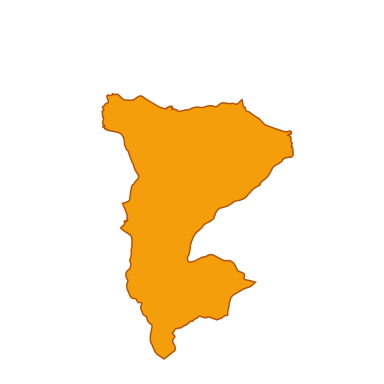 outline of Nong Sung, Mukdahan, Thailand, rotated 238°
{"feature_id": "78962969B14563868158116", "entity_name": "Nong Sung", "entity_type": "district", "adm_level": 2, "iso_a3": "THA", "parent_name": "Thailand", "parent_adm1": "Mukdahan", "projection": "albers", "projection_center": [104.359, 16.434], "detail": "fine", "context": "isolated", "style": "filled", "palette": "amber", "viewbox_px": 384, "rotation_deg": 238, "n_neighbors": 0, "source": "geoboundaries", "source_scale": "gbopen_adm2", "svg_char_len": 6008}
<svg xmlns="http://www.w3.org/2000/svg" viewBox="0 0 384 384"><g transform="rotate(238 192 192)"><path d="M65.2,79.8L65.3,81.1L65.7,84.1L66.0,88.4L66.4,90.6L66.5,93.1L66.9,93.9L68.6,95.1L69.9,95.7L74.2,96.1L76.3,96.7L77.5,98.9L78.2,100.6L78.8,101.1L79.0,101.1L82.2,100.4L82.8,100.6L82.8,101.8L84.5,104.7L84.7,105.3L84.7,106.2L83.8,107.1L83.8,109.1L82.8,109.9L82.7,112.7L82.8,114.4L82.3,116.6L82.6,118.2L82.5,119.3L83.2,122.3L82.2,123.8L82.1,124.5L82.2,125.1L83.1,126.6L82.7,127.3L82.3,129.5L82.5,130.4L83.0,131.2L83.0,132.0L82.7,132.6L82.1,133.0L81.3,134.0L79.4,135.3L79.0,136.0L77.8,137.1L77.6,139.4L77.3,139.9L76.2,140.6L75.8,141.5L74.0,142.2L73.4,143.2L70.5,145.2L69.4,150.2L69.7,152.7L69.7,154.8L68.8,155.9L68.7,156.5L68.8,157.1L69.0,157.3L71.4,158.7L74.5,161.9L78.3,164.9L79.8,167.0L81.6,168.7L82.6,171.0L82.8,173.1L82.5,179.3L82.6,183.4L80.8,192.1L81.9,198.0L85.8,194.5L89.5,190.6L90.2,190.1L90.7,190.0L91.5,190.4L93.0,192.1L94.3,192.7L95.2,192.6L96.4,192.2L100.0,189.6L100.5,189.3L102.8,189.2L106.9,189.7L108.7,189.7L110.1,189.5L111.0,189.1L112.2,188.6L113.6,187.8L114.4,186.8L116.1,183.9L116.9,182.8L117.8,182.1L127.1,176.7L128.2,175.9L129.3,174.3L129.8,172.5L130.0,169.1L131.4,165.8L132.0,157.7L132.6,155.5L133.5,153.3L134.0,152.7L134.4,152.3L135.1,152.0L137.2,152.4L139.3,153.7L140.5,156.2L141.4,157.2L145.0,160.4L146.0,161.0L150.2,165.0L151.2,166.7L153.1,169.3L154.4,171.5L155.1,173.3L156.6,181.4L157.6,184.0L157.9,185.4L158.0,186.8L157.9,188.7L157.4,191.9L158.0,196.3L161.3,200.4L162.1,201.7L163.0,203.3L163.4,204.8L163.6,206.6L163.1,208.3L161.8,212.5L161.2,215.3L161.2,217.3L161.5,223.1L161.1,224.7L159.7,228.2L158.9,232.5L159.0,234.6L162.0,244.8L162.2,248.5L162.0,253.6L162.7,253.8L163.7,255.5L164.6,262.6L165.3,265.1L166.5,267.8L169.9,273.3L170.2,274.9L170.5,277.0L170.4,277.5L170.2,279.4L170.1,280.8L170.4,281.6L170.2,283.6L170.6,284.8L171.1,285.4L171.4,286.1L171.5,287.6L171.7,288.4L170.6,291.4L170.5,292.2L170.2,292.7L169.4,293.3L169.2,293.8L169.0,295.0L169.2,296.3L169.8,297.4L170.6,297.9L171.8,298.2L172.0,298.8L172.4,299.0L173.0,298.9L173.3,299.2L174.1,299.5L174.4,300.0L174.7,300.0L175.0,300.3L175.7,300.4L175.9,300.3L176.1,300.6L176.5,300.6L177.1,300.8L177.3,300.2L177.6,300.1L178.1,300.6L178.1,300.9L178.6,301.4L179.0,301.6L179.8,301.8L179.8,302.2L180.0,302.6L180.4,302.8L180.7,302.6L181.5,302.8L182.8,302.8L183.2,303.1L184.1,303.2L184.5,304.1L185.2,304.1L186.0,304.8L186.3,304.8L186.5,305.0L187.5,304.7L187.8,304.4L188.5,304.6L188.8,304.4L188.8,304.0L189.0,303.6L189.4,303.4L189.2,304.6L189.6,305.1L189.6,305.5L189.2,306.0L188.8,306.2L188.6,306.7L189.1,307.4L189.5,307.5L189.8,308.0L191.8,307.7L192.9,304.1L193.4,303.4L195.5,301.2L203.6,294.6L210.4,289.4L218.7,287.7L222.6,285.7L227.3,283.7L229.4,283.0L231.4,281.3L232.1,281.0L233.0,281.0L235.6,281.9L236.1,281.7L236.5,281.1L237.0,281.0L238.9,281.4L242.1,282.8L243.8,283.3L242.7,278.2L242.8,276.5L243.0,275.9L245.8,273.4L247.1,270.5L250.2,266.8L251.3,265.2L251.7,264.1L251.9,262.8L251.4,258.9L251.6,257.4L252.9,255.9L254.4,254.7L255.8,252.9L257.0,249.7L257.7,246.6L258.2,245.5L258.6,244.7L260.9,241.9L262.3,239.5L263.0,236.8L263.6,232.3L265.2,229.7L265.8,227.2L267.2,223.8L268.4,222.7L269.6,222.7L270.4,222.0L270.6,221.5L271.7,221.0L272.2,219.9L272.3,219.6L272.2,219.2L272.4,218.8L272.8,218.9L273.4,219.3L273.5,220.2L274.1,220.2L274.7,219.8L275.2,220.3L275.5,220.4L275.6,219.6L275.4,218.9L275.8,218.5L276.5,218.4L276.7,217.8L276.5,216.8L277.0,215.4L276.3,214.7L276.4,214.0L277.6,212.5L278.6,211.6L281.6,209.3L283.5,208.1L295.9,201.8L298.8,200.8L299.7,200.2L301.0,199.0L301.2,198.0L301.4,195.7L301.1,192.7L301.2,191.1L301.4,190.3L301.7,189.6L304.3,185.7L306.0,183.4L307.3,182.6L314.2,180.9L314.8,179.6L315.6,178.8L315.7,177.7L317.2,176.9L317.5,176.6L316.6,175.9L316.6,174.8L317.0,173.9L318.2,173.0L318.5,172.5L318.8,171.6L318.7,171.1L318.3,170.6L316.7,169.9L314.1,169.4L312.1,168.4L312.6,166.6L312.5,165.6L312.6,165.1L311.6,163.4L311.9,162.1L311.4,161.0L311.0,160.8L310.0,161.2L309.7,161.1L309.2,160.7L308.3,160.8L308.1,160.4L308.2,159.1L308.0,158.5L307.2,158.2L306.4,158.1L305.7,157.3L305.2,156.9L303.4,156.7L303.0,156.0L302.7,156.0L302.1,156.3L301.0,155.9L299.8,154.5L299.1,154.2L298.7,153.4L297.7,152.6L296.4,152.6L296.0,152.3L295.6,152.3L294.9,153.2L294.3,153.3L294.1,152.7L294.7,151.3L294.7,151.0L294.4,150.9L294.1,151.0L293.9,151.6L293.5,151.7L293.0,151.8L292.2,151.5L291.8,151.5L291.8,152.2L291.4,152.8L290.8,152.8L290.3,152.4L290.0,152.4L287.8,154.5L282.7,160.0L280.8,161.6L279.4,162.4L277.6,162.9L273.8,162.7L271.0,161.6L268.0,159.9L267.2,159.7L265.0,159.5L263.7,159.0L262.6,159.0L261.0,159.5L260.2,159.4L254.4,158.0L251.5,157.6L249.5,157.0L247.6,157.1L246.6,156.9L241.0,155.4L234.3,155.4L232.6,154.3L231.9,153.3L230.6,148.6L229.6,147.0L229.5,145.4L229.2,144.6L225.7,140.9L219.1,135.6L218.3,134.7L217.9,132.7L217.9,131.9L219.2,127.0L211.8,125.9L208.1,125.1L206.0,124.3L204.0,122.9L203.2,122.9L202.7,122.3L201.8,122.3L201.7,122.1L202.7,121.3L202.5,121.1L202.0,121.0L202.4,120.3L202.0,119.6L202.3,119.5L203.0,119.8L203.2,119.5L202.9,119.3L202.3,119.3L202.3,118.5L201.4,118.5L201.0,118.4L200.3,117.3L200.2,116.3L199.8,115.7L199.9,114.3L199.6,113.8L199.5,112.9L199.2,112.5L198.0,112.7L193.6,114.4L188.7,116.7L187.2,117.0L185.8,116.8L182.1,115.2L176.8,111.5L174.9,109.6L172.1,108.1L169.7,106.0L166.9,102.9L165.4,102.4L163.8,102.2L162.8,101.8L160.4,99.2L160.0,98.4L159.4,95.5L159.0,94.4L158.7,93.8L157.9,92.8L156.4,91.8L155.2,91.3L154.1,91.0L152.2,90.8L151.0,91.0L149.3,89.0L147.8,87.4L144.7,85.8L141.7,85.2L136.5,84.4L134.7,84.5L134.2,84.7L132.5,86.1L131.8,87.3L131.2,87.7L130.6,87.9L128.0,87.6L126.9,87.8L126.4,88.1L125.6,89.8L125.3,90.1L124.7,90.4L124.3,90.3L123.7,90.2L123.5,89.9L122.1,87.9L121.4,87.4L119.2,86.5L117.9,86.3L116.7,86.3L114.9,85.6L114.4,85.7L112.1,86.4L111.1,87.1L110.6,87.2L106.3,86.1L104.3,86.2L101.2,87.3L99.8,87.3L98.8,86.7L97.8,85.6L95.9,84.1L93.7,81.8L92.4,80.7L88.8,78.3L87.7,77.8L86.3,77.4L83.9,77.2L77.1,76.1L75.5,76.0L72.6,76.5L65.2,79.8Z" fill="#f59e0b" stroke="#b45309" stroke-width="1.5"/></g></svg>